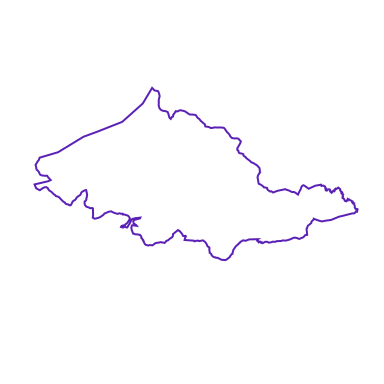 outline of Atwima Nwabiagya North, Ashanti, Ghana, rotated 131°
{"feature_id": "2480657B14484334363928", "entity_name": "Atwima Nwabiagya North", "entity_type": "district", "adm_level": 2, "iso_a3": "GHA", "parent_name": "Ghana", "parent_adm1": "Ashanti", "projection": "orthographic", "projection_center": [-1.753, 6.879], "detail": "fine", "context": "isolated", "style": "outline", "palette": "violet", "viewbox_px": 384, "rotation_deg": 131, "n_neighbors": 0, "source": "geoboundaries", "source_scale": "gbopen_adm2", "svg_char_len": 5947}
<svg xmlns="http://www.w3.org/2000/svg" viewBox="0 0 384 384"><g transform="rotate(131 192 192)"><path d="M261.5,207.6L259.0,204.2L259.0,203.8L258.5,203.2L258.7,202.6L258.6,201.9L259.0,201.0L260.0,199.9L259.8,199.2L260.3,198.2L260.2,197.5L260.8,197.0L260.6,196.6L260.9,196.0L261.4,195.4L261.9,194.3L262.3,192.5L261.1,189.9L260.0,189.3L258.1,186.8L254.7,186.1L253.2,185.0L252.4,184.2L250.2,182.6L249.9,181.6L249.0,180.5L248.5,179.3L247.1,179.2L245.6,179.3L244.5,178.5L241.4,178.0L239.1,177.3L237.6,177.6L236.3,178.7L229.9,177.6L229.9,176.7L229.6,176.1L229.8,174.0L230.3,171.4L230.8,170.7L231.0,169.8L230.6,169.2L229.3,168.1L229.7,167.4L231.2,167.1L233.1,166.1L227.5,158.7L227.7,158.0L227.3,157.5L226.0,156.8L224.4,155.1L224.4,154.4L221.3,152.0L221.1,149.1L221.6,147.1L222.8,144.7L222.5,142.7L222.8,142.0L223.4,141.6L223.7,141.6L226.3,138.7L226.1,138.2L226.2,136.6L226.8,135.8L227.0,134.0L226.6,132.2L226.0,131.6L225.8,130.5L224.8,129.5L224.1,126.2L223.2,124.3L221.3,122.1L220.4,121.6L216.0,120.8L215.0,121.2L212.5,121.2L212.0,120.9L211.2,121.6L210.7,121.7L208.6,122.8L204.3,123.3L201.6,123.0L201.0,122.7L200.3,123.0L198.9,122.6L197.8,122.8L197.3,122.5L195.0,121.8L193.7,119.6L190.2,117.7L184.6,111.5L185.2,111.7L185.2,110.8L185.9,111.0L186.0,110.8L185.5,110.3L186.1,109.9L186.1,109.6L185.8,109.2L186.0,108.7L185.7,108.7L185.4,108.8L185.1,107.4L184.9,107.4L185.1,107.0L184.7,106.5L184.3,106.4L184.5,106.1L184.6,105.4L184.3,105.1L182.1,104.3L181.2,103.8L180.3,102.6L179.8,100.8L178.2,99.4L176.4,98.4L175.1,96.5L173.6,95.9L170.4,92.5L169.0,91.8L167.6,89.8L166.0,88.5L163.3,86.8L159.9,85.3L158.8,84.2L158.0,82.8L157.1,80.3L156.2,79.8L155.0,79.3L153.2,78.3L150.2,78.2L149.7,77.9L148.8,77.0L144.5,81.5L143.6,81.5L142.3,82.2L141.3,82.4L137.2,81.6L136.2,82.3L135.4,82.4L132.8,82.1L132.3,82.5L131.1,79.2L129.8,76.2L128.8,74.5L125.2,71.7L122.0,68.8L113.9,64.7L112.1,63.3L103.3,57.2L101.4,55.4L99.3,55.4L98.6,54.5L96.4,55.7L96.4,56.0L96.9,56.9L97.3,56.7L97.5,56.8L97.3,58.0L97.0,59.0L96.4,59.3L95.3,60.7L95.2,61.1L94.2,62.1L95.0,63.0L94.8,63.3L94.8,63.7L94.4,63.7L94.4,64.0L94.1,64.2L94.5,64.5L94.5,64.8L93.9,65.4L94.2,66.7L94.5,67.2L94.5,68.8L95.2,69.5L95.2,69.9L95.9,69.6L95.9,69.0L96.4,68.8L97.3,69.8L97.6,69.9L97.9,69.7L98.4,70.8L97.6,72.5L97.4,73.4L97.8,74.2L97.3,74.6L97.2,75.0L96.3,75.1L96.0,75.4L96.0,75.8L95.4,76.3L95.3,76.6L94.7,76.5L94.7,77.5L94.0,77.9L93.9,78.2L94.3,78.2L94.2,78.7L94.6,78.8L94.4,79.1L93.9,79.2L93.7,79.7L93.7,81.1L92.8,81.8L92.6,82.3L92.8,83.8L92.6,84.4L92.9,84.6L94.2,84.7L94.8,85.2L94.9,85.7L95.2,85.8L95.5,85.5L95.8,85.9L97.4,85.1L97.7,85.1L97.9,85.6L98.3,85.3L98.5,85.6L98.3,86.0L100.4,86.1L100.1,86.5L100.7,86.6L100.6,86.8L101.0,87.1L100.9,87.4L101.0,88.1L100.0,88.8L99.7,89.7L100.1,90.5L100.6,90.7L100.9,91.1L102.2,91.0L102.9,91.7L103.0,92.1L101.8,93.7L101.4,93.3L100.6,95.2L101.0,97.1L101.6,97.5L102.0,98.0L102.5,98.3L102.5,98.5L102.1,98.9L101.8,99.4L106.4,103.1L113.0,106.1L113.3,109.8L113.7,112.2L114.6,112.8L116.2,112.8L118.9,111.7L121.1,111.3L124.4,110.3L124.7,113.6L125.1,115.0L126.5,116.6L127.0,118.9L127.6,120.6L128.2,121.6L128.6,123.4L135.1,128.3L139.2,130.5L139.4,132.6L140.4,133.3L140.5,134.0L140.7,136.5L140.5,137.0L139.7,137.8L139.7,138.1L140.7,139.9L141.3,140.6L141.1,142.5L141.3,144.8L142.0,147.1L137.9,152.2L136.0,153.1L133.8,153.5L132.6,153.4L132.2,154.1L130.1,156.2L129.6,157.0L129.2,161.1L129.6,162.2L129.8,164.4L130.7,166.8L130.5,168.4L130.8,173.2L130.5,174.6L130.8,176.9L129.8,178.1L130.4,179.8L131.5,181.5L131.6,182.2L131.1,183.3L130.4,184.2L130.6,185.2L129.5,186.4L124.0,187.5L122.4,188.0L121.6,188.6L121.6,190.4L121.3,191.8L122.2,193.6L123.6,194.9L125.1,197.4L124.9,199.5L124.2,201.2L123.9,203.0L123.8,204.9L122.8,208.7L122.7,210.2L125.1,213.5L126.2,214.5L128.2,217.1L130.4,218.8L131.4,219.8L131.8,221.8L133.8,225.0L132.5,226.7L132.6,231.8L132.1,234.6L132.4,236.3L131.5,239.5L132.1,240.8L133.6,242.9L135.1,244.7L135.7,250.1L136.4,251.7L137.9,254.4L139.1,255.2L140.5,255.7L141.4,256.5L141.5,257.2L142.9,257.2L143.7,256.9L144.9,256.9L146.2,256.8L146.7,256.2L147.5,255.8L148.8,256.4L150.8,256.0L150.7,257.8L148.4,261.3L147.6,262.9L148.1,264.5L150.0,267.6L150.4,269.5L150.2,271.2L149.3,272.9L148.0,274.4L145.7,276.2L144.8,277.2L142.9,278.3L141.3,279.0L140.2,280.1L138.4,283.0L138.2,284.0L139.6,286.2L140.0,287.3L139.7,288.7L139.6,290.4L157.5,287.2L184.9,290.7L208.9,303.2L221.4,310.1L249.9,319.2L266.0,329.5L268.4,328.6L269.8,328.6L274.3,327.8L275.2,326.2L276.2,325.2L277.1,323.8L277.0,322.8L277.3,320.9L278.5,318.2L278.2,316.6L276.2,313.5L274.9,312.3L274.8,311.7L275.3,310.3L275.7,306.5L278.2,307.6L289.6,315.8L291.3,312.3L291.4,311.8L290.5,308.0L287.2,307.2L285.3,306.5L283.9,305.1L283.7,303.3L284.2,302.3L284.5,300.5L284.1,298.3L284.4,294.5L284.1,293.0L284.4,292.2L283.1,289.3L283.5,286.1L283.7,282.6L283.3,281.1L283.7,280.1L283.6,278.9L283.2,278.3L283.1,277.9L282.6,277.5L282.4,275.7L281.7,275.0L281.0,274.9L277.4,275.8L275.7,275.5L275.1,275.1L273.4,275.0L272.3,275.4L270.1,275.2L269.4,274.9L267.3,274.4L265.2,275.1L264.0,275.1L261.8,274.3L260.9,273.9L260.0,273.1L262.8,269.4L265.1,267.9L266.0,267.7L267.1,266.7L268.6,266.5L269.5,266.8L270.7,266.0L271.8,264.7L272.1,264.0L272.4,262.2L271.3,259.5L271.1,258.3L269.4,256.5L269.4,256.0L274.4,251.4L276.5,250.0L276.0,247.9L273.7,246.2L271.4,244.9L267.5,243.9L265.6,243.9L261.4,241.8L259.6,240.3L259.3,238.7L259.0,238.0L258.8,237.0L257.3,233.8L255.7,232.8L254.9,231.2L253.9,230.1L254.4,229.5L253.5,228.5L252.0,225.2L251.9,224.4L252.3,222.3L253.0,221.4L253.9,221.1L257.2,220.6L258.3,220.6L259.9,221.0L261.0,220.8L261.7,221.5L263.8,222.9L265.0,222.6L264.1,220.7L263.2,220.6L262.4,220.0L261.5,217.8L261.1,217.6L258.3,218.2L257.3,218.2L254.1,219.1L253.1,219.6L251.9,219.5L248.7,217.5L247.5,216.2L245.2,214.2L246.0,213.9L250.6,217.0L251.9,217.4L252.9,216.9L253.8,215.7L253.8,214.1L253.6,212.4L253.8,211.5L256.2,215.3L257.1,215.2L258.4,214.6L258.8,214.3L260.1,212.7L262.0,209.2L261.5,208.5L261.5,207.6Z" fill="none" stroke="#5b21b6" stroke-width="2"/></g></svg>